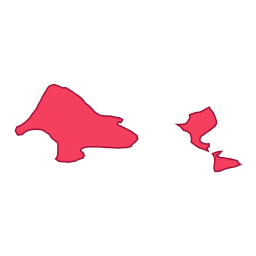 Agios Andronikos Karpasias, Cyprus
{"feature_id": "46923920B74811643881920", "entity_name": "Agios Andronikos Karpasias", "entity_type": "district", "adm_level": 2, "iso_a3": "CYP", "parent_name": "Cyprus", "parent_adm1": "", "projection": "mercator", "projection_center": [34.203, 35.502], "detail": "fine", "context": "isolated", "style": "filled", "palette": "rose", "viewbox_px": 256, "rotation_deg": 0, "n_neighbors": 0, "source": "geoboundaries", "source_scale": "gbopen_adm2", "svg_char_len": 2029}
<svg xmlns="http://www.w3.org/2000/svg" viewBox="0 0 256 256"><path d="M17.7,135.0L22.1,134.5L25.6,131.5L28.9,130.1L32.6,129.4L35.6,129.2L39.1,129.4L42.4,129.9L44.9,131.5L47.9,133.4L50.0,135.2L51.2,137.4L53.1,139.2L54.9,140.6L57.9,143.2L57.9,148.6L57.9,151.8L57.3,156.8L55.6,158.9L59.1,161.4L64.0,161.7L68.7,162.1L72.4,161.5L74.7,161.2L78.7,159.3L83.1,157.9L84.2,155.6L83.3,153.0L80.5,150.9L81.5,148.6L85.6,147.2L88.4,146.7L90.8,146.9L94.0,146.7L97.0,146.9L101.7,146.9L104.3,147.4L106.8,147.4L112.2,147.6L115.7,147.9L119.6,147.9L122.9,147.6L126.4,147.6L131.0,146.5L132.7,143.9L135.7,141.6L137.8,138.8L136.8,135.5L133.6,133.1L131.3,131.5L126.4,128.9L123.6,127.5L120.6,126.1L117.5,124.5L118.0,121.9L121.0,122.6L122.6,119.6L119.6,117.9L113.3,116.8L110.3,116.1L105.9,116.1L101.9,115.6L99.6,115.1L96.6,113.3L94.3,111.6L92.6,109.5L91.6,108.5L89.1,106.0L85.4,103.2L83.5,100.6L81.5,98.3L78.9,96.2L74.7,93.4L72.1,91.5L70.1,90.4L66.1,87.8L61.9,87.8L59.8,86.6L57.5,85.7L54.0,84.5L49.6,85.9L47.7,88.0L46.1,90.8L44.0,94.1L42.4,96.9L39.8,102.3L38.2,104.9L36.5,108.6L33.7,112.3L32.1,114.4L29.6,118.2L25.6,121.9L21.9,124.7L19.1,126.1L16.8,127.1L15.4,130.8L17.7,135.0ZM189.5,114.7L189.9,117.9L187.3,122.4L185.0,124.0L180.4,124.5L177.1,124.5L180.6,126.8L183.4,130.1L187.6,131.5L190.6,134.1L191.5,138.3L191.3,142.3L193.2,143.7L196.4,146.0L199.9,148.1L202.7,148.8L208.1,151.1L206.9,147.9L209.2,146.5L209.0,143.7L206.4,144.1L202.2,143.0L199.9,141.1L199.9,138.3L201.5,135.9L203.9,134.5L207.4,131.7L209.5,130.6L211.5,128.9L215.0,126.1L216.4,123.8L216.4,121.0L215.3,117.9L214.3,115.1L213.2,112.8L211.5,110.7L209.2,107.2L205.7,109.1L202.5,110.9L200.1,112.1L195.7,112.6L192.0,114.0L189.5,114.7ZM212.5,153.7L214.8,157.7L214.6,163.3L214.1,165.9L214.1,168.9L215.0,171.5L220.2,171.0L224.6,169.1L227.6,168.2L230.9,167.5L235.3,166.6L240.6,164.5L238.8,163.1L237.1,160.7L233.0,159.6L230.2,158.9L226.4,158.4L223.0,157.7L220.2,157.7L216.7,155.6L219.0,154.2L221.6,151.4L219.0,151.6L216.2,152.3L212.5,153.7Z" fill="#f43f5e" stroke="#9f1239" stroke-width="1.5"/></svg>